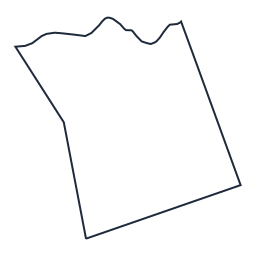 outline of Derriere Morne, Soufrière, Saint Lucia
{"feature_id": "8701671B55959658835891", "entity_name": "Derriere Morne", "entity_type": "district", "adm_level": 2, "iso_a3": "LCA", "parent_name": "Saint Lucia", "parent_adm1": "Soufrière", "projection": "orthographic", "projection_center": [-61.051, 13.809], "detail": "fine", "context": "isolated", "style": "outline", "palette": "slate", "viewbox_px": 256, "rotation_deg": 0, "n_neighbors": 0, "source": "geoboundaries", "source_scale": "gbopen_adm2", "svg_char_len": 577}
<svg xmlns="http://www.w3.org/2000/svg" viewBox="0 0 256 256"><path d="M15.4,46.7L63.8,122.3L85.9,238.1L86.5,238.4L87.0,238.3L240.6,185.1L193.3,54.9L181.1,21.6L180.5,22.3L177.2,24.0L169.8,24.7L167.6,26.9L163.4,32.3L160.0,37.4L156.7,41.1L155.1,42.3L150.8,44.0L146.8,43.1L141.7,41.4L136.4,36.0L132.5,31.0L131.4,30.3L125.9,30.1L124.2,28.7L120.1,24.1L113.0,18.9L109.8,17.8L107.4,17.6L104.9,18.7L101.9,21.7L99.3,25.1L91.4,33.0L85.2,36.1L83.4,35.8L73.9,34.6L62.0,33.3L54.8,32.7L46.5,33.9L41.6,36.1L32.4,43.1L25.1,45.9L15.4,46.7Z" fill="none" stroke="#1e293b" stroke-width="2"/></svg>